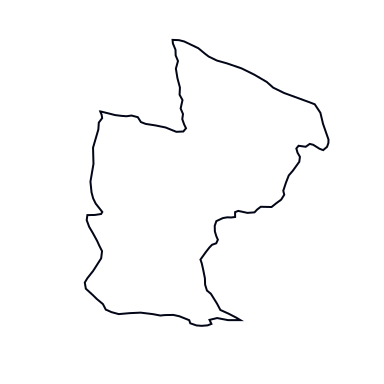 Övertorneå, Norrbotten, Sweden, rotated 19°
{"feature_id": "70781695B64947384355586", "entity_name": "Övertorneå", "entity_type": "district", "adm_level": 2, "iso_a3": "SWE", "parent_name": "Sweden", "parent_adm1": "Norrbotten", "projection": "natural_earth1", "projection_center": [23.504, 66.517], "detail": "fine", "context": "isolated", "style": "outline", "palette": "ink", "viewbox_px": 384, "rotation_deg": 19, "n_neighbors": 0, "source": "geoboundaries", "source_scale": "gbopen_adm2", "svg_char_len": 1915}
<svg xmlns="http://www.w3.org/2000/svg" viewBox="0 0 384 384"><g transform="rotate(19 192 192)"><path d="M79.0,145.7L81.5,148.5L83.0,151.4L81.3,156.7L83.1,163.4L84.0,182.3L89.7,197.5L92.6,215.3L97.1,225.0L100.6,230.2L104.7,234.3L111.7,238.8L113.7,240.1L113.2,242.4L107.7,245.3L100.6,247.9L101.6,252.9L106.1,258.4L111.6,263.1L118.2,269.1L121.7,272.8L126.2,277.2L127.7,284.3L124.6,297.2L124.2,298.8L121.1,307.7L120.1,312.5L123.1,318.0L131.7,321.7L136.7,324.1L144.3,327.0L148.8,331.3L150.7,331.4L154.9,331.8L162.5,331.3L172.6,326.8L182.7,322.8L194.8,320.2L202.3,319.1L206.4,317.2L214.4,314.3L220.5,313.6L231.1,314.1L233.1,316.7L239.7,316.7L244.7,315.4L250.2,313.0L253.3,310.4L250.2,307.2L256.8,303.0L267.9,301.4L279.5,297.4L274.3,296.3L265.9,295.1L257.2,294.3L252.0,289.4L243.0,282.1L238.2,280.3L234.6,275.4L232.3,269.4L227.8,261.7L224.6,256.5L222.0,253.1L224.6,244.4L226.5,238.9L228.1,235.4L231.6,232.6L232.0,228.7L229.4,225.9L226.5,221.9L224.5,216.6L224.5,211.6L229.7,206.6L233.5,204.5L237.4,203.3L240.9,201.6L239.3,197.0L241.9,194.8L251.2,193.7L257.7,190.9L259.3,187.4L261.8,183.6L272.1,180.3L275.6,174.8L278.8,170.2L280.1,164.6L277.9,161.1L277.8,152.5L278.1,144.8L280.4,139.1L283.6,128.5L282.6,123.6L279.0,120.5L276.5,116.9L277.7,113.6L284.8,112.2L287.7,108.2L291.2,107.9L298.6,109.6L302.4,109.7L305.0,105.3L305.0,101.2L304.0,98.0L293.7,84.9L287.6,75.3L279.5,69.1L273.9,68.9L246.8,68.4L234.8,66.9L226.8,63.6L212.8,60.8L198.7,59.0L183.2,59.0L172.7,59.6L163.7,58.5L159.2,57.0L151.2,54.0L135.6,52.2L130.1,52.7L124.1,54.5L125.6,57.8L130.1,62.9L132.1,68.2L136.1,72.7L136.6,80.6L141.1,89.0L146.6,97.2L148.6,104.1L153.1,108.2L153.6,112.8L154.1,116.8L158.1,121.2L159.1,126.3L162.6,130.7L165.6,133.7L164.1,137.6L157.6,140.2L146.0,139.6L136.0,140.9L126.0,142.7L120.9,142.5L116.4,138.9L109.9,139.4L105.4,141.7L100.4,143.0L94.3,144.3L88.3,144.8L79.3,145.6L79.0,145.7Z" fill="none" stroke="#020617" stroke-width="2"/></g></svg>